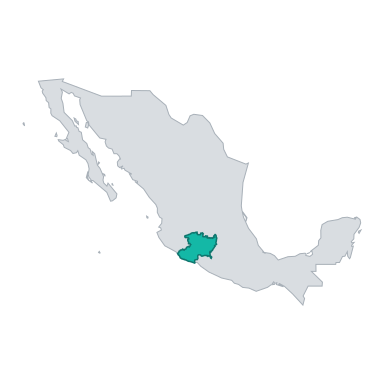 Michoacán highlighted on a map of Mexico
{"feature_id": "MEX-2720", "entity_name": "Michoacán", "entity_type": "State", "adm_level": 1, "iso_a3": "MEX", "parent_name": "Mexico", "parent_adm1": "", "projection": "robinson", "projection_center": [-101.77, 19.16], "detail": "fine", "context": "in_parent", "style": "filled", "palette": "teal", "viewbox_px": 384, "rotation_deg": 0, "n_neighbors": 0, "source": "natural_earth", "source_scale": "10m", "svg_char_len": 8570}
<svg xmlns="http://www.w3.org/2000/svg" viewBox="0 0 384 384"><path d="M38.4,81.2L63.6,78.9L62.3,81.5L101.6,96.2L131.3,96.1L131.5,90.5L149.9,90.7L153.1,94.6L165.9,105.4L168.9,114.5L171.2,118.0L183.3,125.1L187.2,122.5L190.1,115.8L193.8,114.3L202.5,115.5L209.8,122.9L214.7,133.5L223.1,143.2L223.7,149.3L227.4,156.9L245.9,164.1L248.4,163.0L243.0,182.5L241.3,205.9L242.1,211.0L247.0,217.7L246.0,221.4L246.3,217.7L242.3,212.0L243.5,217.2L248.5,228.3L256.4,238.8L258.3,245.4L263.9,252.1L262.3,251.9L265.5,253.5L264.5,252.5L270.3,253.4L274.5,255.7L278.2,260.0L288.0,256.7L295.2,256.3L300.0,253.7L305.1,253.2L306.1,254.2L305.8,255.5L309.9,256.4L312.6,254.3L311.9,250.9L310.5,251.7L310.9,251.0L318.3,245.3L318.7,240.6L320.9,237.9L320.8,230.3L322.1,224.6L327.8,221.3L337.9,219.6L342.3,217.7L347.3,217.2L355.4,219.2L356.1,217.9L354.0,217.9L356.7,217.0L360.0,219.5L360.7,222.9L359.1,227.4L354.0,234.3L353.8,238.9L351.2,241.7L351.7,242.8L354.1,242.4L351.6,245.3L351.7,246.4L353.3,246.1L350.3,257.7L349.5,258.7L347.7,256.1L347.3,251.7L344.9,256.2L342.5,256.5L339.5,262.5L336.0,262.5L335.7,264.4L315.9,264.4L316.0,271.4L311.4,271.4L322.4,282.1L322.1,286.1L308.1,286.1L303.1,296.0L304.6,298.5L302.9,305.1L292.6,293.9L284.4,286.3L279.4,283.5L278.8,284.2L283.5,286.8L276.3,284.5L276.8,282.7L274.9,283.4L273.7,281.8L272.4,283.5L274.8,284.4L271.1,284.8L267.6,287.3L256.2,291.3L248.9,288.1L242.7,287.4L238.5,284.4L234.3,283.2L231.7,280.3L221.6,278.0L209.0,272.1L200.9,266.4L197.4,262.6L189.0,261.3L180.9,258.0L175.9,251.8L164.8,245.8L158.9,237.5L156.9,232.4L161.4,230.0L160.7,227.8L158.7,227.1L161.7,223.3L162.0,218.6L159.6,217.1L157.3,212.4L157.4,208.2L155.8,204.5L149.3,197.4L143.6,188.9L134.8,181.5L137.4,182.9L137.5,181.3L132.8,179.7L129.4,173.9L131.8,174.1L125.0,170.2L124.1,168.3L121.5,169.0L121.1,168.1L123.0,165.8L119.7,167.6L117.7,165.9L117.3,162.1L119.8,158.7L120.7,159.4L119.0,155.9L116.9,153.7L114.0,153.7L112.1,149.1L108.5,148.0L106.4,146.0L105.1,141.9L106.0,139.3L99.8,138.0L89.0,124.9L88.5,121.8L86.8,120.8L80.1,104.6L79.7,99.7L80.5,98.0L74.5,95.9L73.2,93.3L71.2,92.4L69.1,93.9L61.0,89.0L62.4,92.2L61.2,98.3L62.9,103.2L64.1,112.4L72.3,120.6L74.8,126.1L76.1,125.8L76.7,127.5L77.9,127.7L79.0,131.2L81.3,132.3L82.6,139.8L86.8,143.5L88.2,147.7L90.1,149.1L91.5,154.1L93.2,155.3L92.3,151.5L94.7,153.7L97.4,165.1L100.0,168.4L103.6,176.6L103.0,180.1L103.8,183.1L106.9,186.1L108.0,183.1L116.9,193.9L116.1,197.9L112.5,200.8L110.6,201.2L106.8,192.3L92.9,180.5L91.6,180.6L88.8,176.9L88.2,174.4L89.1,168.9L88.0,163.6L85.9,159.8L79.2,155.2L77.8,150.7L76.5,152.7L73.0,153.5L70.5,150.5L64.2,147.3L63.3,144.7L58.6,140.9L58.2,139.6L63.1,140.3L66.0,139.2L65.9,140.4L68.4,141.6L67.5,138.6L66.4,138.4L68.9,132.3L59.8,120.8L52.1,115.7L50.8,113.2L50.9,108.9L49.1,107.5L48.6,102.7L46.2,100.6L45.9,97.7L42.7,93.2L42.2,91.1L43.3,89.7L41.0,87.8L38.4,81.2ZM88.6,125.1L87.7,128.0L85.3,127.0L86.3,122.6L87.8,122.2L88.6,125.1ZM78.5,124.5L75.0,121.3L74.1,118.0L75.9,119.1L76.3,120.9L78.1,121.4L78.5,124.5ZM359.1,233.4L358.3,232.4L358.7,231.1L361.0,230.0L359.1,233.4ZM88.9,180.6L86.3,177.6L87.9,171.4L87.4,176.9L88.9,180.6ZM56.8,136.7L54.9,136.3L56.3,133.0L57.1,135.5L56.8,136.7ZM24.6,125.9L23.0,123.8L23.4,122.8L24.0,122.9L24.6,125.9ZM91.0,180.7L92.5,183.1L89.3,180.8L91.0,180.7ZM148.1,217.1L147.8,218.2L146.9,217.8L146.6,216.1L148.1,217.1ZM104.6,174.4L105.2,176.3L103.5,173.9L104.6,174.4ZM98.6,162.0L99.5,162.8L98.1,164.5L98.6,162.0ZM100.1,252.9L99.4,253.1L98.5,252.4L99.3,251.4L100.1,252.9ZM308.5,253.2L306.8,253.7L309.8,252.6L308.5,253.2ZM113.0,185.1L112.1,184.9L112.0,183.1L113.0,185.1Z" fill="#d9dde1" stroke="#a8b0b8" stroke-width="1"/><path d="M194.7,263.1L194.1,262.9L193.4,262.6L192.0,262.1L191.4,261.9L191.0,261.8L190.1,261.5L189.1,261.4L188.5,261.3L187.0,260.6L186.0,260.0L185.4,259.8L184.5,259.7L184.4,259.5L184.2,259.6L183.3,259.2L183.1,259.2L182.6,259.0L182.4,258.9L182.0,258.7L181.8,258.8L181.6,258.6L181.1,258.3L180.3,257.9L180.1,257.4L179.5,256.0L179.1,255.5L179.0,255.4L178.9,255.3L178.6,255.0L178.2,254.8L178.1,254.7L178.3,254.3L178.1,254.0L177.7,253.5L177.9,253.3L178.1,253.2L178.2,252.7L178.3,252.5L178.4,252.4L178.5,252.3L178.8,252.3L178.9,252.1L179.0,251.9L179.0,251.6L179.1,251.4L179.1,251.2L179.4,251.1L179.5,251.1L179.7,250.9L180.0,250.7L180.2,250.4L180.3,250.4L180.4,250.1L180.6,250.1L180.9,250.0L181.2,249.9L181.8,250.0L182.0,249.9L182.2,249.6L182.4,249.3L182.5,249.1L182.8,249.1L183.0,249.3L183.1,249.5L183.4,249.5L183.6,249.6L183.8,249.8L183.9,250.1L184.1,250.2L184.3,250.0L184.4,249.6L185.0,249.2L185.6,249.1L185.9,248.9L186.1,248.7L186.2,248.4L186.4,247.7L186.6,247.4L186.8,247.3L187.0,247.1L187.4,246.9L187.8,246.8L188.0,246.8L188.1,246.6L188.4,246.4L188.7,246.4L188.9,246.5L189.1,246.6L189.2,246.8L189.3,246.9L189.6,246.5L189.9,246.1L190.1,245.8L190.1,245.7L190.1,245.4L190.2,245.2L190.6,244.8L190.7,244.7L190.3,244.5L190.3,244.4L190.2,244.1L190.1,243.7L189.9,243.5L189.5,243.7L188.9,243.8L188.5,243.7L188.5,243.2L188.6,242.4L188.6,242.2L188.4,241.9L188.4,241.6L188.3,241.4L188.1,241.3L188.0,241.2L187.9,241.1L187.8,240.5L187.8,240.3L187.7,239.8L187.8,239.4L188.1,239.3L188.4,239.3L188.7,239.2L188.8,239.1L188.9,238.9L188.7,238.7L188.4,238.6L188.4,237.9L188.2,237.7L187.7,237.7L187.4,237.7L187.0,237.7L186.8,237.6L186.6,237.4L186.2,237.4L185.7,237.5L185.4,237.6L185.2,237.4L185.0,237.2L184.9,236.9L184.8,236.2L184.9,235.9L185.2,235.7L185.6,235.6L188.1,234.9L188.4,234.6L188.7,234.5L189.2,234.5L189.5,234.4L189.8,234.3L190.2,233.9L190.9,233.7L191.0,233.6L191.0,233.4L192.0,232.9L192.7,232.8L193.1,232.7L193.3,232.7L193.7,232.8L193.9,233.0L194.0,232.9L194.4,232.8L194.6,232.8L195.3,232.4L196.6,232.2L196.4,232.6L196.4,232.9L196.5,233.0L196.6,232.9L196.7,232.6L196.9,232.5L197.1,232.6L197.2,232.9L197.3,234.1L197.5,234.5L198.0,234.7L198.3,234.6L198.6,234.7L198.8,234.6L199.3,234.7L199.7,234.7L199.9,234.7L200.1,234.8L200.2,234.7L200.5,234.3L200.5,234.0L200.6,233.8L200.7,233.7L200.7,233.3L200.7,233.2L200.8,233.2L201.1,233.2L201.6,233.0L201.8,233.0L202.2,233.1L202.4,233.0L202.4,233.3L202.8,233.4L203.0,233.5L203.3,233.8L203.2,234.0L202.8,234.2L202.7,234.4L202.7,234.5L202.8,234.6L202.9,234.8L202.8,235.0L202.9,235.3L202.9,235.5L202.9,235.9L202.8,236.2L202.8,236.5L203.1,236.7L203.4,236.5L203.5,236.5L203.8,236.7L204.0,236.7L204.3,236.6L204.6,236.7L204.8,236.8L205.1,236.8L205.3,236.8L205.4,236.5L205.5,236.2L205.6,235.9L205.8,235.9L206.0,236.0L206.6,236.0L206.9,236.0L207.1,236.0L207.4,236.1L207.4,236.3L207.4,236.5L207.5,236.7L207.5,236.9L207.3,237.0L207.0,237.1L206.9,237.3L206.9,237.6L207.2,237.8L207.9,238.1L208.1,238.1L208.3,238.1L208.7,238.0L208.9,237.9L209.0,237.7L209.3,237.7L209.5,237.8L209.7,238.2L209.8,238.3L210.2,238.3L210.3,238.1L210.4,237.9L211.4,237.9L211.8,237.9L212.1,237.9L212.3,237.9L212.3,238.1L212.3,238.3L212.6,238.3L212.7,237.9L212.9,237.8L213.1,237.7L213.4,237.7L213.9,237.6L214.1,237.5L214.1,237.1L214.0,236.7L213.8,236.4L213.9,236.1L214.0,235.9L213.9,235.9L214.0,235.7L214.3,235.7L214.5,235.5L214.6,235.3L214.8,234.9L214.9,234.7L215.1,234.5L215.6,234.8L216.0,235.4L216.2,236.1L216.2,237.5L216.4,237.7L216.6,237.9L216.8,238.0L216.7,238.6L216.3,240.2L216.3,240.4L216.4,240.7L216.4,240.8L216.1,241.8L215.9,242.6L216.2,243.7L216.3,243.9L216.4,244.0L216.6,244.2L216.5,244.4L216.2,244.6L214.6,245.6L214.9,246.2L215.0,246.3L214.9,246.4L214.2,247.4L213.3,248.8L213.0,249.2L212.7,249.5L212.5,249.8L212.5,250.1L212.5,250.3L212.1,250.5L211.9,250.7L211.8,250.9L211.6,250.9L211.6,251.0L211.2,251.5L211.1,251.8L211.0,252.0L210.8,252.2L210.7,251.9L210.6,251.6L210.5,251.4L210.2,251.4L210.1,251.5L209.7,252.1L209.7,252.4L209.8,252.6L210.0,252.7L210.1,253.0L209.9,253.4L209.8,253.6L209.9,253.9L210.1,254.4L210.1,254.7L210.1,255.3L210.2,255.6L210.3,255.8L210.5,256.0L211.1,256.4L211.6,256.9L211.7,257.1L211.6,257.4L211.4,257.9L211.3,257.7L211.1,257.6L210.7,258.0L210.5,257.8L210.4,257.6L210.4,257.4L210.5,257.2L210.7,256.9L210.6,256.6L210.4,256.5L210.2,256.7L209.9,256.4L209.5,256.0L209.3,255.9L208.2,255.9L208.3,256.1L208.2,256.2L207.9,256.3L207.8,256.0L207.8,255.8L207.7,255.8L207.4,255.9L207.4,255.6L207.1,255.4L206.9,255.4L206.3,255.5L204.6,255.4L204.3,255.5L203.8,255.7L202.6,256.0L202.0,256.2L201.8,256.1L201.6,256.1L201.1,255.8L201.0,255.6L200.7,255.1L200.4,254.9L200.2,254.8L199.1,254.8L198.7,254.8L198.3,254.9L197.8,255.6L197.7,256.4L197.8,257.2L197.9,258.1L197.9,258.4L197.8,258.7L197.4,259.2L197.3,259.4L197.3,259.5L197.2,259.5L196.9,259.5L196.6,259.6L196.1,259.6L195.6,259.8L195.2,259.8L194.9,260.0L194.7,260.4L194.6,260.7L194.6,261.1L194.6,261.8L194.7,262.1L194.9,262.4L194.9,262.6L194.7,263.1Z" fill="#14b8a6" stroke="#0f766e" stroke-width="1.5"/></svg>